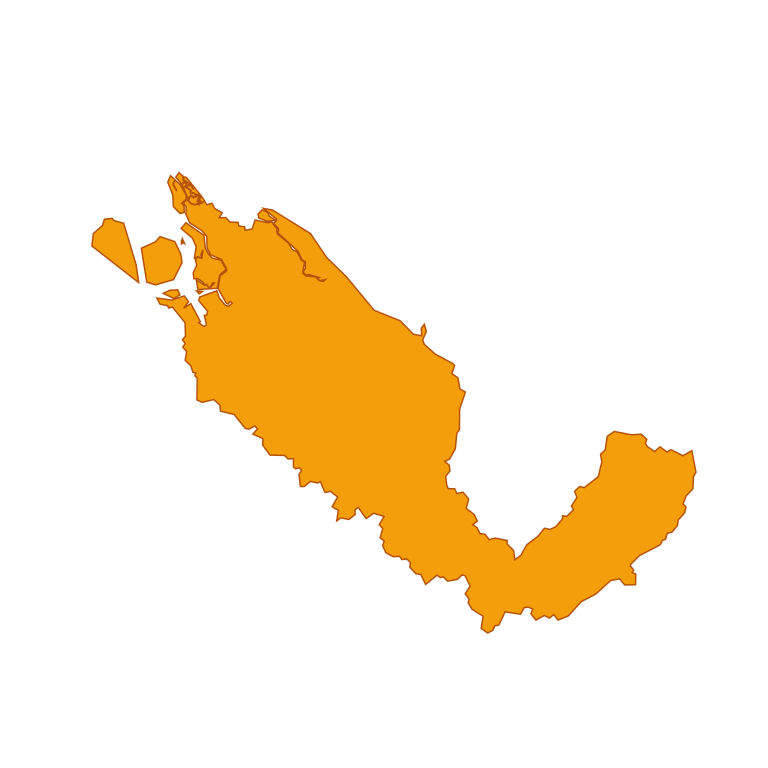 the district of Nunukan, Kalimantan Timur, Indonesia, rotated 218°
{"feature_id": "22746128B24707766174966", "entity_name": "Nunukan", "entity_type": "district", "adm_level": 2, "iso_a3": "IDN", "parent_name": "Indonesia", "parent_adm1": "Kalimantan Timur", "projection": "mercator", "projection_center": [117.147, 3.905], "detail": "fine", "context": "isolated", "style": "filled", "palette": "amber", "viewbox_px": 768, "rotation_deg": 218, "n_neighbors": 0, "source": "geoboundaries", "source_scale": "gbopen_adm2", "svg_char_len": 6146}
<svg xmlns="http://www.w3.org/2000/svg" viewBox="0 0 768 768"><g transform="rotate(218 384 384)"><path d="M389.0,455.9L389.0,451.0L384.0,445.2L391.5,441.3L410.0,443.8L437.1,436.0L479.3,445.3L507.3,448.4L534.6,457.3L579.1,452.4L587.0,448.2L570.5,447.9L569.2,446.2L570.1,442.8L562.8,441.5L560.2,437.8L533.2,435.6L525.1,431.4L521.4,432.1L517.3,427.1L516.7,422.4L512.7,421.7L510.6,423.9L500.6,428.1L501.5,426.5L498.1,425.9L494.5,430.3L494.9,427.6L498.8,425.5L503.4,426.4L512.5,421.0L516.5,421.4L521.8,431.4L525.1,430.4L533.5,434.6L539.2,433.5L546.0,436.2L560.6,436.6L564.0,440.3L572.6,442.7L574.5,439.7L586.5,433.9L583.4,425.0L588.0,419.7L590.6,422.0L595.8,419.1L598.4,421.5L605.1,416.8L611.2,417.7L616.1,413.5L616.9,419.4L625.3,418.0L630.9,420.5L634.0,416.1L638.3,417.7L638.7,414.5L639.7,413.3L640.0,413.5L639.8,414.3L641.1,414.2L641.3,415.2L643.9,414.8L642.1,414.6L641.8,413.9L642.8,413.0L641.1,413.0L640.3,412.0L640.3,411.3L642.2,410.7L642.9,408.9L646.9,407.2L651.3,407.7L652.7,408.7L653.6,403.1L649.1,401.9L644.5,395.7L636.3,391.4L622.1,392.7L614.5,391.2L607.3,382.5L600.3,379.1L588.7,382.1L580.3,378.6L578.3,377.4L577.7,375.6L579.8,368.4L573.5,357.1L558.7,350.8L556.0,351.0L556.2,354.2L553.3,354.4L554.4,349.3L558.0,348.3L567.0,350.5L573.1,354.6L582.8,339.0L581.3,335.7L567.7,332.6L566.2,329.0L567.9,327.5L560.3,321.3L561.3,318.6L567.8,318.2L567.1,320.1L585.7,328.4L588.6,320.3L588.6,328.5L595.6,330.5L603.0,319.4L615.9,311.9L609.6,309.0L602.9,312.5L600.4,311.3L598.2,314.4L578.5,309.8L569.9,299.5L570.1,294.9L565.7,293.6L565.2,289.2L559.4,288.0L555.3,280.3L547.3,279.3L541.8,275.6L538.9,276.7L538.1,274.0L534.9,273.8L521.6,256.3L516.0,257.6L508.6,266.9L500.3,266.3L496.1,261.9L483.5,267.7L465.9,263.6L462.7,265.3L459.9,271.4L456.0,270.8L456.5,263.8L445.7,266.4L442.1,261.2L430.1,257.8L418.3,266.5L413.6,265.8L409.4,269.4L404.2,262.8L401.4,262.8L399.0,266.0L395.7,265.0L395.3,260.4L386.8,251.8L383.7,254.1L381.9,262.0L375.4,265.1L374.0,267.9L363.8,262.2L360.0,266.5L351.0,266.4L349.3,255.4L342.2,256.3L337.0,247.0L335.6,251.9L328.2,255.7L326.4,263.5L329.4,266.9L328.4,270.9L315.2,267.0L312.6,275.8L302.4,279.7L301.2,270.2L296.1,269.4L292.3,260.4L287.2,260.4L285.5,255.8L278.7,252.2L270.4,253.6L265.7,257.8L261.8,256.7L258.3,260.1L253.4,259.6L250.8,255.5L242.2,254.1L237.8,256.6L227.8,251.7L224.5,266.0L220.4,266.1L218.6,268.5L212.5,267.8L205.9,275.2L205.0,281.5L202.1,282.9L191.7,277.8L190.9,268.7L184.4,266.9L183.1,263.5L176.0,260.7L162.9,262.0L157.0,251.3L149.0,251.6L146.7,256.7L147.7,261.7L145.1,264.7L148.3,279.0L134.7,286.6L135.8,294.2L133.0,297.0L128.2,298.2L126.8,293.4L118.9,291.5L115.2,300.3L109.5,301.4L108.3,306.8L101.6,305.1L96.0,314.5L94.6,333.8L87.7,349.3L84.4,368.7L78.3,375.6L70.6,373.8L62.2,380.7L68.7,389.3L72.4,388.1L72.7,391.2L78.0,392.3L78.5,394.2L77.0,406.2L67.4,427.3L68.3,432.3L66.5,435.0L68.9,440.7L65.9,444.6L65.6,453.0L68.4,458.0L67.8,467.7L70.4,473.1L74.5,473.6L77.0,481.6L76.1,491.6L83.1,501.5L83.8,506.5L100.4,521.0L104.3,511.5L117.4,508.9L119.2,504.6L127.8,504.4L129.1,497.4L138.1,496.8L141.4,498.2L142.9,502.2L150.4,502.8L157.9,496.2L173.3,488.4L175.9,480.2L169.1,468.3L170.1,461.8L164.5,457.0L158.1,442.8L162.4,425.7L166.7,423.6L167.8,416.9L162.1,413.3L161.2,403.2L157.3,401.7L158.5,392.0L162.1,390.4L160.3,387.1L160.8,377.0L163.7,371.6L168.8,369.1L168.9,359.0L172.5,345.4L170.7,333.1L172.7,326.0L179.2,332.5L188.6,333.8L190.6,336.5L201.6,331.0L205.3,326.1L211.7,327.8L216.3,325.3L222.1,328.1L227.6,327.9L226.0,333.4L232.4,336.6L242.6,336.7L246.5,345.5L255.1,347.4L259.2,342.5L263.8,345.0L268.8,341.1L272.0,342.7L278.5,349.1L278.5,356.0L282.5,360.1L288.6,360.5L286.1,365.0L287.9,376.9L296.3,390.0L296.4,394.4L308.8,410.6L314.9,427.7L321.2,426.9L329.4,434.3L337.0,434.0L339.7,442.0L342.1,442.5L361.9,439.1L376.8,440.1L380.7,442.6L383.0,451.5L389.0,455.9ZM699.2,312.9L639.8,312.9L652.7,325.3L688.1,350.4L697.6,346.5L700.1,347.3L705.8,341.7L703.4,335.6L705.6,323.6L699.2,312.9ZM633.6,318.2L625.1,321.4L614.1,336.7L617.8,355.2L624.2,361.3L636.5,367.4L651.3,362.2L651.7,355.1L658.8,341.6L633.6,318.2ZM596.1,350.7L588.8,343.9L574.4,356.7L580.6,368.9L579.0,377.1L588.9,381.1L596.8,377.5L602.5,378.3L608.6,381.2L617.5,390.3L639.4,389.1L639.6,381.6L625.0,381.1L616.4,376.4L610.9,366.5L609.0,369.8L605.2,370.7L608.1,373.5L609.3,378.3L604.8,370.8L608.7,369.5L609.3,366.0L604.7,362.3L602.8,354.1L598.6,349.9L595.3,352.5L589.2,352.8L586.7,351.6L585.0,353.4L580.8,351.9L581.1,358.6L579.7,359.2L580.5,351.5L584.9,353.1L586.2,351.3L596.1,350.7ZM659.2,394.1L649.7,392.8L647.0,396.1L651.1,401.1L654.8,401.9L653.7,407.4L655.5,410.7L667.2,415.6L674.1,416.0L673.1,411.4L671.6,411.3L667.0,409.2L666.9,408.8L673.3,411.4L674.6,416.3L680.5,416.7L678.6,409.9L666.8,402.9L659.2,394.1ZM604.6,331.2L610.4,326.0L613.8,319.5L602.4,322.0L599.7,328.6L604.6,331.2ZM587.3,446.2L587.9,440.3L584.9,437.7L576.1,440.4L570.2,446.3L578.1,445.7L581.0,447.8L587.3,446.2ZM658.3,417.7L655.2,417.8L654.7,417.4L654.9,415.8L653.5,415.4L652.1,417.4L650.5,417.7L648.3,416.9L648.1,418.1L645.3,420.0L667.0,425.1L669.3,423.9L667.1,421.1L665.3,421.8L661.0,422.1L660.4,421.7L660.1,420.5L659.7,421.8L658.9,422.0L653.8,419.9L659.1,421.8L659.8,420.0L660.7,420.4L660.7,421.9L665.6,421.4L661.3,419.0L662.2,416.8L658.3,417.7ZM655.6,417.6L662.1,416.6L662.7,417.5L661.4,418.9L665.6,420.5L665.7,416.6L653.0,409.8L652.2,413.8L650.5,414.4L648.7,413.6L648.5,415.0L647.8,416.0L647.2,416.4L651.4,417.4L653.0,415.3L653.8,415.2L655.0,415.7L655.6,417.6ZM645.3,417.8L643.4,418.8L648.0,417.9L647.0,416.5L648.7,413.4L652.2,413.6L651.2,408.2L647.2,407.5L642.9,409.3L642.3,411.1L640.4,411.6L642.9,412.9L642.2,414.5L644.0,414.1L644.1,414.8L643.1,415.7L643.5,415.8L644.0,415.2L644.4,415.3L644.5,416.0L645.3,417.3L645.3,417.8ZM675.4,418.8L666.3,416.9L665.9,420.5L667.6,420.9L670.5,424.1L675.7,424.3L675.4,418.8ZM645.3,417.8L644.5,416.2L644.2,415.3L643.4,416.0L641.1,415.3L639.7,414.5L639.8,413.4L638.9,414.5L638.4,417.9L644.7,420.0L646.4,418.5L643.4,419.0L643.2,417.6L645.3,417.8ZM589.0,341.8L585.0,341.3L584.1,345.2L589.0,341.8ZM632.4,374.4L631.3,371.8L627.8,372.0L632.4,374.4ZM631.3,371.5L629.9,369.7L629.2,371.0L631.3,371.5Z" fill="#f59e0b" stroke="#b45309" stroke-width="1.5"/></g></svg>